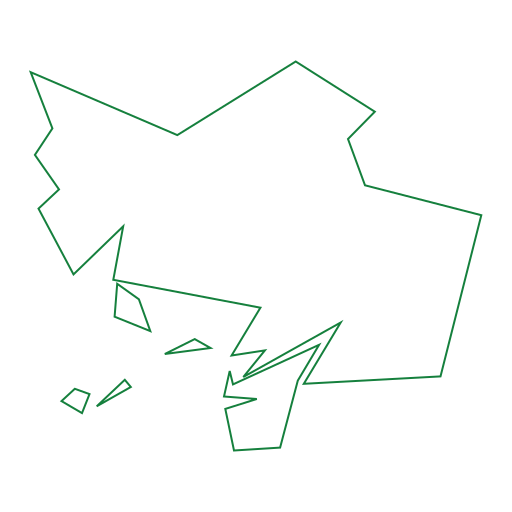 the Region of Finland Proper
{"feature_id": "FIN-3191", "entity_name": "Finland Proper", "entity_type": "Region", "adm_level": 1, "iso_a3": "FIN", "parent_name": "Finland", "parent_adm1": "", "projection": "orthographic", "projection_center": [22.144, 60.47], "detail": "coarse", "context": "isolated", "style": "outline", "palette": "green", "viewbox_px": 512, "rotation_deg": 0, "n_neighbors": 0, "source": "natural_earth", "source_scale": "10m", "svg_char_len": 717}
<svg xmlns="http://www.w3.org/2000/svg" viewBox="0 0 512 512"><path d="M440.5,376.4L303.8,383.8L340.7,322.5L243.3,377.0L264.9,350.4L231.6,355.5L260.4,307.7L113.3,279.8L123.2,226.3L73.5,274.4L38.5,208.6L59.0,189.4L34.9,154.9L52.4,128.4L30.7,72.2L177.3,135.1L295.7,61.5L374.8,111.7L348.0,139.0L365.0,185.3L481.3,215.2L440.5,376.4ZM233.0,384.4L319.1,344.8L297.8,380.6L280.1,447.6L234.0,450.5L225.3,408.9L256.8,399.0L224.0,396.5L229.7,371.0L233.0,384.4ZM150.3,331.1L114.6,316.7L117.2,283.8L138.9,299.3L150.3,331.1ZM164.8,354.0L194.7,339.1L210.5,348.0L164.8,354.0ZM96.7,406.3L124.8,379.8L130.8,387.0L96.7,406.3ZM61.5,401.1L74.8,388.8L89.5,394.1L82.0,413.1L61.5,401.1Z" fill="none" stroke="#15803d" stroke-width="2"/></svg>